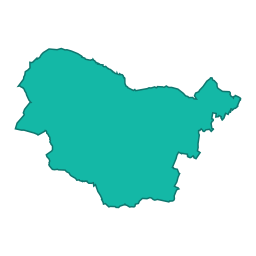 Maynooth Lea-5, Kildare, Ireland (Mercator projection)
{"feature_id": "5873133B22694450243518", "entity_name": "Maynooth Lea-5", "entity_type": "district", "adm_level": 2, "iso_a3": "IRL", "parent_name": "Ireland", "parent_adm1": "Kildare", "projection": "mercator", "projection_center": [-6.655, 53.364], "detail": "fine", "context": "isolated", "style": "filled", "palette": "teal", "viewbox_px": 256, "rotation_deg": 0, "n_neighbors": 0, "source": "geoboundaries", "source_scale": "gbopen_adm2", "svg_char_len": 3900}
<svg xmlns="http://www.w3.org/2000/svg" viewBox="0 0 256 256"><path d="M97.0,62.9L96.2,62.4L95.9,62.6L94.7,60.8L93.7,60.3L92.9,59.1L92.6,59.8L91.2,59.8L90.7,60.3L85.4,59.2L84.8,58.1L82.9,57.6L82.2,56.8L81.7,57.0L81.6,56.1L77.8,53.7L71.5,51.1L67.1,49.8L65.0,49.9L61.3,48.5L57.1,49.7L49.0,49.0L43.3,52.6L41.3,54.7L39.7,57.5L37.2,59.1L36.9,58.1L32.7,62.2L31.6,62.6L29.9,62.3L30.0,67.9L27.9,70.0L25.3,71.7L24.8,75.1L23.8,76.9L23.5,79.2L18.3,86.2L19.9,85.9L21.1,87.0L23.0,87.7L23.0,88.1L24.3,89.3L24.6,90.6L26.1,93.0L26.6,95.0L29.0,100.2L30.9,102.4L30.0,102.5L24.6,109.3L23.3,112.9L24.2,114.4L23.9,115.3L17.1,123.1L15.4,128.8L21.4,130.1L23.9,130.1L34.1,133.0L37.5,134.4L38.0,135.0L45.2,131.0L45.2,130.5L45.9,130.6L46.6,131.6L46.8,133.2L48.1,134.4L48.8,136.1L49.6,136.9L50.0,138.3L49.8,139.4L50.4,140.4L49.9,142.0L50.9,143.4L51.0,144.2L52.3,145.6L52.5,146.6L52.5,149.6L51.8,150.9L46.3,154.8L47.0,156.8L48.9,158.8L49.7,160.6L49.6,161.7L49.1,162.5L49.3,164.0L48.9,164.5L49.2,165.6L51.8,168.8L52.5,169.4L54.5,169.7L57.4,169.3L58.5,169.8L65.1,170.1L66.5,171.7L69.0,172.9L70.4,175.2L71.3,175.9L75.6,178.4L76.8,180.2L79.2,179.8L79.5,180.5L81.6,181.2L82.1,180.9L82.6,181.6L83.5,181.2L84.4,181.5L84.9,181.1L86.3,181.4L86.2,181.1L87.1,181.2L87.3,181.9L88.7,183.2L91.6,183.3L93.3,182.8L93.8,186.1L95.5,184.7L97.9,191.5L100.4,195.4L102.1,199.1L101.6,199.4L103.1,202.3L103.5,204.1L105.4,203.6L108.9,206.9L110.3,206.4L115.4,206.6L116.0,207.4L118.6,207.5L120.0,206.1L124.3,204.7L124.8,204.2L125.0,204.7L125.3,204.5L125.7,205.0L126.9,205.3L129.6,207.0L131.5,206.7L134.0,206.9L134.9,206.3L135.4,204.2L138.4,203.4L139.4,201.1L142.4,198.4L147.0,198.7L149.8,197.6L151.5,198.0L153.2,199.5L154.8,200.1L157.4,199.4L168.9,201.9L169.6,201.0L170.7,201.1L172.8,200.9L174.0,200.0L174.4,198.8L174.2,195.8L176.3,190.6L177.2,189.5L178.9,188.9L177.9,187.7L176.6,187.4L174.4,186.2L176.8,181.9L178.0,177.3L179.6,173.6L179.0,173.4L178.5,172.3L177.3,169.3L173.5,168.5L173.5,167.7L172.4,167.4L176.1,158.5L176.9,155.3L178.6,152.2L181.6,153.7L181.8,153.3L187.4,154.2L187.5,155.9L188.1,156.2L187.8,156.7L189.8,157.6L190.7,157.6L193.1,155.9L193.9,156.9L193.9,157.7L196.0,158.7L200.1,152.6L197.4,150.8L198.1,147.7L198.0,143.8L199.3,135.0L198.6,133.2L198.6,130.7L199.2,130.3L199.8,130.5L201.2,128.9L202.5,130.1L203.0,131.1L204.0,131.5L204.4,131.4L205.9,129.8L209.5,129.3L211.2,131.4L213.4,129.2L213.2,128.8L211.9,128.5L211.1,123.5L212.1,121.3L213.1,120.7L213.3,119.9L212.8,119.0L211.7,118.8L212.8,112.8L216.2,113.5L215.8,117.0L218.5,116.6L219.0,115.5L221.2,116.6L220.9,117.9L221.7,118.6L221.9,119.8L222.3,120.0L224.1,117.8L224.6,115.5L224.9,115.6L225.2,114.2L225.7,113.3L228.1,114.4L229.3,111.9L230.4,112.2L231.0,110.8L230.3,110.5L231.1,108.8L232.2,109.3L232.5,110.0L234.3,108.4L235.4,108.3L236.8,107.2L237.8,106.1L237.4,105.8L240.0,99.6L240.4,99.8L240.6,98.5L240.4,98.2L238.6,97.0L235.3,95.5L234.9,96.3L233.8,96.6L233.4,98.0L232.6,97.0L231.0,96.3L230.6,95.2L230.0,94.6L230.3,93.4L230.1,92.5L229.2,91.7L222.5,91.4L217.9,88.3L217.1,86.6L216.9,83.6L214.2,80.6L212.8,80.1L212.0,77.9L210.5,77.9L210.0,78.8L206.8,81.2L203.1,86.5L199.5,90.3L198.8,91.7L195.6,93.1L194.5,95.8L196.5,99.1L193.9,98.8L192.7,97.5L188.8,97.6L187.8,96.5L185.6,95.9L183.4,93.4L177.9,89.1L171.6,87.4L168.6,87.4L166.3,86.0L164.0,87.4L162.7,86.9L157.4,86.6L157.0,87.5L156.2,87.8L154.7,86.9L151.1,88.0L149.0,87.8L147.4,88.6L136.3,90.6L135.5,90.6L134.8,89.5L133.4,90.5L127.7,87.6L127.6,87.0L126.3,86.1L126.0,86.1L124.9,83.3L124.8,78.4L124.2,78.4L124.3,77.5L123.4,77.0L123.2,75.8L122.2,74.7L120.5,74.5L120.2,74.2L120.1,74.4L119.7,74.0L119.6,74.6L119.0,74.6L117.3,74.0L117.0,73.2L116.9,73.7L115.2,73.4L114.1,72.6L114.0,72.3L112.6,71.8L112.1,71.1L112.3,71.0L110.4,69.5L108.9,69.1L108.4,68.5L107.9,68.6L105.7,66.4L104.7,66.7L103.6,66.6L102.9,65.9L103.0,64.9L100.1,64.6L99.1,63.8L98.4,64.1L98.1,63.4L97.6,63.7L97.6,63.1L97.0,62.9Z" fill="#14b8a6" stroke="#0f766e" stroke-width="1.5"/></svg>